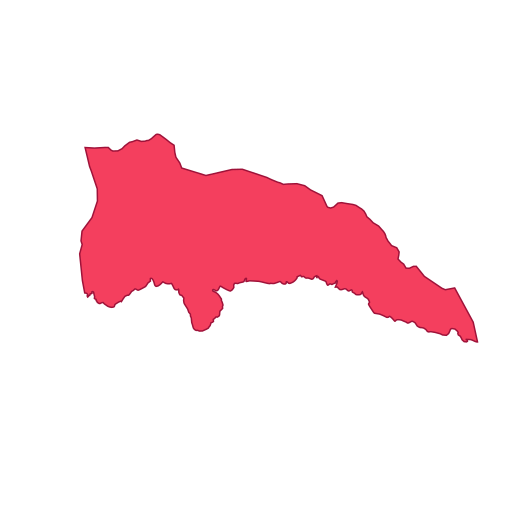 Dalipebinaw, Federated States of Micronesia, rotated 246°
{"feature_id": "79324940B90066431308454", "entity_name": "Dalipebinaw", "entity_type": "district", "adm_level": 2, "iso_a3": "FSM", "parent_name": "Federated States of Micronesia", "parent_adm1": "", "projection": "albers", "projection_center": [138.079, 9.514], "detail": "fine", "context": "isolated", "style": "filled", "palette": "rose", "viewbox_px": 512, "rotation_deg": 246, "n_neighbors": 0, "source": "geoboundaries", "source_scale": "gbopen_adm2", "svg_char_len": 6109}
<svg xmlns="http://www.w3.org/2000/svg" viewBox="0 0 512 512"><g transform="rotate(246 256 256)"><path d="M424.6,144.0L405.5,140.4L400.4,140.1L381.9,138.3L370.7,133.5L357.8,121.8L349.5,107.2L341.0,102.3L337.2,101.9L329.7,95.8L304.1,87.4L291.9,84.5L291.2,85.6L290.5,86.3L289.4,86.5L288.7,86.1L288.2,85.5L287.0,85.5L287.2,86.5L288.0,86.9L287.7,88.1L288.9,89.3L288.5,90.4L288.7,91.1L289.9,91.3L289.9,92.4L289.1,92.9L288.1,92.7L286.7,92.4L284.3,92.0L283.8,91.6L283.0,91.1L282.1,91.6L281.4,92.3L280.9,92.0L280.0,91.9L279.4,92.2L278.0,92.2L277.3,92.8L276.5,93.3L276.0,94.1L276.1,96.1L275.7,97.4L273.9,98.0L272.6,98.8L270.4,100.1L269.0,101.5L268.0,102.9L267.6,103.9L267.3,105.4L267.6,106.1L268.3,106.8L268.9,107.2L269.2,107.8L269.3,108.4L269.8,111.8L269.7,113.9L269.6,114.3L269.1,114.5L270.7,116.9L272.1,119.2L272.5,120.1L272.5,121.0L272.5,122.4L272.0,123.7L272.3,124.6L273.3,126.4L273.7,127.1L273.9,127.4L274.2,127.7L274.5,130.2L275.1,131.7L275.1,132.1L274.8,132.6L273.0,134.0L272.7,134.5L272.6,134.9L272.6,136.7L272.7,138.7L273.0,142.3L273.3,143.2L275.4,146.5L275.6,147.7L276.1,148.9L276.0,149.3L278.0,150.1L278.4,150.4L278.4,150.7L278.2,151.2L277.9,151.6L277.4,151.9L275.5,152.2L273.5,152.1L270.8,151.7L270.0,151.8L269.3,152.1L268.9,152.4L268.7,153.1L268.5,154.5L268.8,156.3L269.4,158.2L270.3,160.3L270.0,160.7L268.9,161.4L267.6,162.5L266.5,164.1L265.8,165.7L265.5,166.9L265.5,167.4L265.1,167.7L263.2,167.9L259.6,168.0L258.4,168.4L258.0,168.7L257.1,170.2L257.2,171.7L256.6,171.7L254.2,170.7L252.5,170.6L251.3,170.8L250.6,171.7L250.2,172.2L248.6,172.5L247.8,172.8L247.0,173.0L246.2,172.6L244.9,171.8L242.7,171.2L241.7,171.1L240.8,171.2L235.4,172.0L232.0,171.7L229.6,172.4L227.8,171.7L225.8,171.7L221.3,170.2L219.1,170.0L217.3,169.7L215.7,169.5L213.9,169.9L212.4,171.0L211.8,172.5L210.6,173.6L210.4,173.9L209.3,176.6L209.3,180.9L209.5,183.1L210.4,184.4L211.0,185.7L213.3,187.8L213.2,189.3L213.5,190.5L215.5,191.2L215.7,192.5L216.6,194.8L215.9,195.8L216.1,197.3L216.4,198.2L217.4,199.0L218.6,199.6L220.2,200.5L220.8,202.0L221.4,203.5L221.7,204.2L223.5,204.8L224.6,205.9L227.4,206.3L229.6,206.3L230.7,206.9L234.3,206.3L236.6,205.7L238.4,204.8L239.9,203.7L241.4,202.4L242.1,202.4L242.6,202.6L242.8,203.1L242.7,203.5L242.5,203.8L242.2,204.1L240.8,205.1L240.4,205.6L240.2,206.0L240.2,206.6L240.6,207.9L242.7,210.4L243.0,211.0L242.7,211.5L240.1,213.3L237.4,215.4L235.0,217.6L234.4,218.5L234.8,220.6L235.1,221.1L236.2,222.9L238.7,223.9L239.7,225.2L239.3,226.5L238.3,228.0L238.2,230.2L237.5,233.7L237.6,234.6L238.1,235.2L239.2,236.2L239.6,237.0L239.7,237.8L239.4,238.1L238.9,238.0L237.2,236.7L236.9,236.6L236.6,236.9L235.9,240.2L233.8,244.3L231.7,248.3L231.0,249.3L229.6,251.2L228.4,252.7L226.2,255.6L225.2,257.2L225.1,257.6L225.2,258.0L223.8,260.6L223.5,261.6L223.2,264.5L223.1,266.4L223.0,267.4L222.6,267.9L220.5,268.7L219.4,269.6L218.8,270.6L218.5,271.6L218.8,272.4L219.0,272.6L219.9,272.9L220.1,273.3L220.0,273.5L219.8,273.9L217.9,274.7L217.5,275.2L217.2,275.9L217.1,277.1L217.1,279.1L217.5,280.9L218.1,282.5L218.8,283.8L219.4,284.7L220.3,285.1L220.3,288.6L219.4,289.0L218.6,289.1L218.4,289.3L218.1,290.9L217.8,291.3L217.4,291.6L216.2,292.1L215.7,292.5L215.4,292.9L214.7,294.7L213.7,295.8L212.7,296.8L212.1,297.5L212.0,298.1L212.0,298.7L212.2,299.3L213.1,300.6L213.3,301.3L213.4,302.9L213.3,303.4L212.5,302.9L211.8,302.8L211.5,302.9L212.1,303.8L212.1,304.3L211.7,304.6L209.9,304.7L209.1,305.0L208.2,305.8L205.4,308.6L204.6,309.3L203.8,309.5L201.8,309.3L200.3,309.5L200.1,309.8L200.1,310.2L200.5,312.0L200.2,312.7L199.4,313.4L199.1,313.9L199.2,315.8L199.0,317.3L200.1,318.4L200.7,319.8L200.3,320.0L199.9,320.0L198.7,319.2L197.5,318.2L195.3,315.8L195.2,316.0L194.6,317.6L194.0,317.8L192.1,318.5L191.2,319.0L190.6,320.0L190.3,321.4L190.2,322.7L190.0,323.8L189.5,324.5L188.9,325.0L187.2,325.7L186.5,326.2L186.2,327.1L186.3,328.7L186.3,329.3L185.9,329.7L185.3,329.8L184.3,329.4L183.9,329.4L182.9,330.1L181.8,330.9L180.3,331.5L179.7,332.2L179.2,333.2L178.6,334.6L178.4,335.5L178.4,336.1L178.7,336.8L179.9,338.3L180.0,338.6L179.4,338.6L178.1,338.4L176.6,338.3L175.3,338.5L174.0,339.1L172.8,340.0L171.4,340.8L169.9,341.0L167.8,341.0L167.4,340.8L166.9,339.8L166.5,339.4L166.1,339.2L165.5,339.2L163.4,339.4L157.9,340.3L156.3,340.6L155.5,341.0L154.9,341.9L153.2,344.5L152.4,345.6L149.7,348.1L146.9,350.4L146.6,350.8L146.3,351.8L146.3,352.2L146.6,353.3L146.4,353.7L144.9,354.6L143.0,355.3L140.1,356.2L139.9,356.5L140.0,357.0L140.4,357.9L140.4,358.9L140.0,360.0L139.2,361.5L138.3,362.8L137.5,363.5L136.7,364.2L134.5,366.3L133.3,367.0L132.9,367.6L132.8,368.7L133.0,371.1L132.9,371.9L132.5,372.6L131.8,373.2L130.3,374.2L126.5,374.8L125.1,375.7L123.9,376.8L123.3,378.0L122.1,379.8L119.8,381.3L117.3,381.9L116.4,382.9L115.8,384.9L113.4,388.5L110.0,392.7L108.0,394.3L106.1,397.7L106.8,400.4L108.6,402.5L110.0,403.9L110.1,405.4L108.4,408.0L105.7,409.3L104.5,409.5L103.9,409.6L103.2,408.9L101.7,408.7L99.6,410.0L97.4,410.2L95.6,410.2L93.1,411.3L91.9,413.4L92.1,414.5L93.3,414.9L94.6,413.6L93.5,415.9L92.2,418.3L90.7,419.8L88.7,421.5L87.5,423.0L87.4,423.4L107.2,427.5L146.0,424.5L148.2,415.2L150.8,412.8L168.9,401.5L181.4,398.2L182.5,395.6L182.4,391.1L183.9,388.1L188.5,387.6L191.5,385.9L195.5,384.5L198.6,386.7L201.5,388.4L206.3,387.9L210.3,384.1L216.2,382.6L218.3,382.5L219.9,382.3L221.7,382.7L223.9,382.8L226.6,382.4L229.3,381.5L233.5,380.2L238.7,376.5L243.1,375.0L246.8,373.2L249.6,373.3L253.1,372.9L256.0,371.6L258.3,370.0L261.6,367.9L263.7,365.4L266.7,360.7L269.9,355.9L271.0,352.4L269.1,346.8L269.5,343.6L271.3,341.4L272.3,341.0L284.2,340.9L294.2,332.7L300.4,329.1L305.4,322.8L308.9,314.2L310.3,310.1L313.1,307.7L314.5,305.9L316.9,303.6L319.0,301.6L320.9,299.9L323.3,297.9L340.8,278.8L344.8,269.2L349.9,243.0L366.6,223.9L371.9,224.2L378.8,223.0L383.8,224.0L387.4,225.2L390.5,226.2L394.4,223.7L399.1,221.3L405.8,217.5L406.7,216.5L407.5,215.2L407.6,214.0L405.7,207.9L405.3,204.8L405.9,203.2L406.0,201.4L407.4,197.7L408.1,197.0L410.4,194.4L410.7,189.8L411.3,186.7L410.0,181.0L408.5,177.3L408.2,172.6L410.1,167.9L411.7,166.6L415.2,165.2L416.5,162.4L420.3,152.3L424.6,144.0Z" fill="#f43f5e" stroke="#9f1239" stroke-width="1.5"/></g></svg>